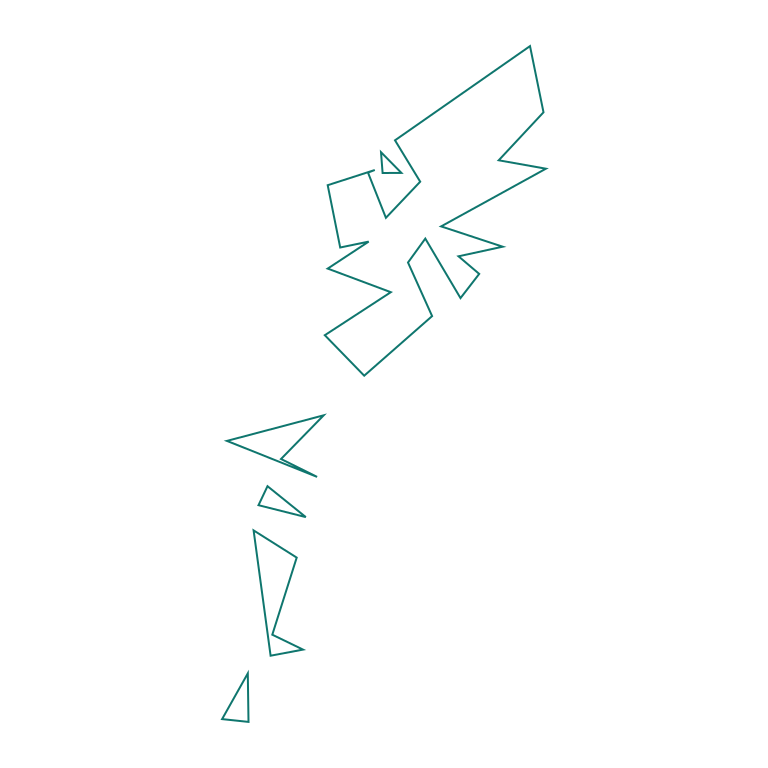 map outline of Eilean Siar (orthographic projection)
{"feature_id": "GBR-2772", "entity_name": "Eilean Siar", "entity_type": "Island Area", "adm_level": 1, "iso_a3": "GBR", "parent_name": "United Kingdom", "parent_adm1": "", "projection": "orthographic", "projection_center": [-7.062, 57.727], "detail": "coarse", "context": "isolated", "style": "outline", "palette": "teal", "viewbox_px": 768, "rotation_deg": 0, "n_neighbors": 0, "source": "natural_earth", "source_scale": "10m", "svg_char_len": 707}
<svg xmlns="http://www.w3.org/2000/svg" viewBox="0 0 768 768"><path d="M364.2,375.7L324.8,335.2L390.8,292.2L327.7,268.6L368.7,241.6L340.2,247.5L327.7,185.2L374.8,170.0L368.0,172.6L385.9,217.8L420.2,181.7L395.0,140.3L530.0,46.1L543.5,112.3L498.7,160.3L545.9,168.7L441.1,226.4L502.7,246.7L458.5,256.3L479.2,273.9L460.5,298.1L425.3,238.6L408.0,262.5L432.1,316.1L364.2,375.7ZM323.7,415.3L281.0,459.0L317.1,476.9L226.9,440.9L323.7,415.3ZM296.7,557.6L272.3,634.7L303.0,649.6L270.6,655.7L253.6,530.4L296.7,557.6ZM267.5,486.2L305.8,517.1L258.5,505.2L267.5,486.2ZM247.8,673.4L248.5,721.9L222.1,719.1L247.8,673.4ZM382.6,173.0L381.0,152.2L401.4,172.9L382.6,173.0Z" fill="none" stroke="#0f766e" stroke-width="2"/></svg>